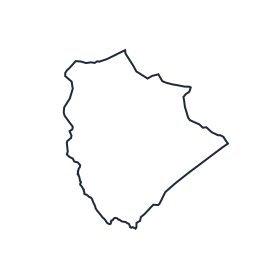 Lom-Et-Djerem, Est, Cameroon (Natural Earth projection), rotated 143°
{"feature_id": "32672807B76674513300734", "entity_name": "Lom-Et-Djerem", "entity_type": "district", "adm_level": 2, "iso_a3": "CMR", "parent_name": "Cameroon", "parent_adm1": "Est", "projection": "natural_earth1", "projection_center": [14.12, 5.232], "detail": "fine", "context": "isolated", "style": "outline", "palette": "slate", "viewbox_px": 256, "rotation_deg": 143, "n_neighbors": 0, "source": "geoboundaries", "source_scale": "gbopen_adm2", "svg_char_len": 2240}
<svg xmlns="http://www.w3.org/2000/svg" viewBox="0 0 256 256"><g transform="rotate(143 128 128)"><path d="M57.6,55.4L57.5,59.6L57.1,63.5L58.7,66.8L60.4,67.9L63.7,74.3L65.0,81.4L68.0,83.2L68.9,88.1L72.3,94.1L73.8,97.0L73.8,99.9L69.8,110.7L67.1,115.4L65.0,119.4L61.4,120.3L57.4,120.0L53.5,122.6L54.0,123.9L58.0,127.1L63.3,133.0L66.5,136.4L70.5,141.5L72.4,144.8L72.0,148.2L71.4,152.6L77.4,155.1L82.6,155.7L87.3,168.2L86.5,173.3L86.4,174.0L85.2,189.0L83.5,191.9L91.7,193.5L103.4,195.7L109.6,197.8L111.1,198.3L112.4,199.8L115.4,200.0L118.0,202.7L122.4,205.1L125.5,209.3L129.5,212.9L133.5,212.1L138.7,211.1L142.1,210.8L145.0,209.7L146.9,207.3L145.1,198.9L148.5,192.6L156.7,186.6L166.5,182.9L169.9,179.2L171.2,176.1L171.4,167.2L171.3,162.6L171.9,161.7L173.3,160.4L176.6,160.6L177.7,156.0L179.5,154.3L184.3,154.1L185.8,153.0L188.7,148.1L190.4,145.3L192.7,143.8L192.2,140.2L190.5,136.8L191.1,133.5L188.8,130.7L188.6,127.0L190.2,125.7L192.0,125.1L193.8,123.5L194.0,123.6L194.1,123.4L194.5,122.7L194.8,122.6L195.1,121.9L195.9,121.6L196.1,121.3L196.0,121.1L195.6,120.8L195.7,120.3L196.1,119.9L196.1,119.0L196.4,118.2L197.5,115.7L198.1,114.9L198.2,113.8L198.0,113.4L198.1,113.1L198.4,113.0L198.6,112.9L198.9,112.5L199.6,112.3L200.1,111.9L200.3,111.1L200.1,109.1L200.1,108.5L200.5,106.8L200.5,106.2L200.3,105.6L200.5,105.1L200.8,105.1L201.1,104.6L201.5,103.7L201.5,102.9L202.5,101.7L202.5,101.3L201.4,99.9L200.9,98.7L200.7,97.1L200.5,96.3L199.7,95.1L199.5,93.9L199.5,92.8L199.7,92.2L200.1,91.1L200.1,90.4L200.4,89.6L200.8,88.5L200.8,87.4L201.4,85.2L202.2,83.3L202.4,80.4L202.2,77.9L202.2,77.5L202.1,71.9L201.6,69.2L201.6,67.7L201.7,65.9L201.8,65.3L201.7,64.4L200.7,62.4L199.9,62.0L199.2,62.1L197.9,63.5L197.5,63.8L197.0,64.1L196.2,63.5L193.9,64.2L192.9,64.2L192.5,63.9L192.2,63.8L191.7,63.2L191.1,62.6L190.9,61.9L190.8,60.7L190.4,60.3L190.4,60.2L190.1,60.0L189.8,59.3L189.3,57.4L188.8,56.6L187.5,55.4L186.4,54.2L185.9,52.4L185.2,51.4L185.0,50.7L185.1,50.3L185.4,48.9L185.5,48.7L185.9,47.6L185.5,46.6L185.5,46.4L183.8,46.0L182.6,43.1L181.2,43.5L178.3,47.1L174.2,46.6L171.4,49.1L166.6,49.3L154.0,51.5L150.3,48.4L148.8,48.4L144.0,50.7L136.8,54.4L122.7,55.4L104.1,55.8L96.9,55.7L64.5,55.7L57.6,55.4Z" fill="none" stroke="#1e293b" stroke-width="2"/></g></svg>